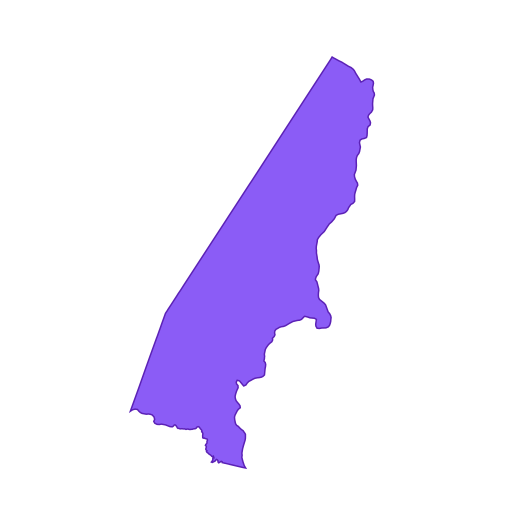 Guajará, Amazonas, Brazil (Mercator projection), rotated 103°
{"feature_id": "56859067B49673478876868", "entity_name": "Guajará", "entity_type": "district", "adm_level": 2, "iso_a3": "BRA", "parent_name": "Brazil", "parent_adm1": "Amazonas", "projection": "mercator", "projection_center": [-72.639, -7.252], "detail": "fine", "context": "isolated", "style": "filled", "palette": "violet", "viewbox_px": 512, "rotation_deg": 103, "n_neighbors": 0, "source": "geoboundaries", "source_scale": "gbopen_adm2", "svg_char_len": 4968}
<svg xmlns="http://www.w3.org/2000/svg" viewBox="0 0 512 512"><g transform="rotate(103 256 256)"><path d="M435.5,343.5L433.6,341.7L432.4,339.4L432.2,337.0L433.5,335.3L434.5,333.5L435.0,331.6L434.8,327.3L434.1,325.2L434.0,323.3L434.2,321.4L435.7,319.2L437.9,318.0L440.2,318.4L441.7,317.0L442.3,314.6L441.9,312.2L441.1,310.4L440.9,306.3L441.6,301.4L441.3,299.2L440.8,298.6L439.9,298.0L439.2,297.7L438.8,297.1L438.9,296.3L439.6,295.4L440.3,294.7L441.1,294.0L441.5,293.3L441.3,292.5L441.5,291.7L441.4,290.5L441.0,289.6L440.9,288.7L440.8,287.7L440.5,286.6L440.7,285.2L440.2,284.3L439.9,283.3L440.0,282.4L439.9,281.2L439.5,280.4L439.3,279.4L438.8,278.5L438.3,277.6L438.0,276.4L437.3,275.6L436.2,275.2L435.4,274.3L435.2,273.4L436.0,272.2L436.7,271.5L437.2,270.8L437.7,270.0L438.7,269.3L439.5,269.4L440.0,268.5L440.8,267.9L441.8,267.7L443.0,267.6L444.0,267.3L445.1,267.0L445.3,266.1L445.0,265.4L445.3,264.6L445.3,263.4L445.4,262.4L446.3,261.8L447.5,262.1L448.6,261.8L449.7,261.8L450.9,262.5L451.9,262.7L452.4,261.9L453.2,261.4L454.5,261.5L455.5,261.5L456.3,260.9L456.8,260.0L457.6,260.3L458.3,259.6L458.7,258.8L459.0,257.9L459.5,257.4L459.8,256.7L460.0,255.8L460.6,254.7L461.2,254.0L461.1,253.2L460.6,252.5L461.3,252.1L462.1,251.6L462.5,252.6L463.6,252.4L464.6,252.2L465.3,252.5L466.1,252.7L466.8,253.1L467.0,252.2L466.4,251.4L465.8,250.7L465.1,249.8L464.0,249.3L463.1,248.7L463.3,247.9L464.0,247.0L465.2,246.7L465.9,245.9L465.3,245.0L464.5,244.4L463.9,243.7L464.1,242.7L464.9,242.5L465.0,221.6L464.9,218.4L462.9,220.3L459.5,222.4L457.4,223.5L455.4,224.5L453.3,224.7L451.3,225.4L446.8,225.7L443.7,225.6L442.3,225.5L439.2,225.3L438.2,225.2L436.2,225.3L434.2,225.7L432.1,226.2L431.3,226.9L430.5,227.8L429.1,229.3L428.4,231.1L427.2,233.2L426.0,234.9L425.4,236.7L424.8,237.4L424.1,238.1L422.8,238.8L420.1,240.0L417.9,240.7L416.7,240.7L415.6,240.6L411.2,239.5L409.3,238.7L407.4,237.2L405.5,237.9L404.1,239.4L402.8,241.2L401.4,242.9L400.3,243.6L399.0,244.3L397.3,244.8L396.1,244.8L394.9,244.8L393.8,244.7L392.6,244.6L391.8,244.5L390.7,244.3L388.4,243.8L387.4,244.1L386.3,244.4L385.1,246.1L383.4,246.9L381.3,246.4L381.4,244.0L382.7,242.3L383.6,241.1L384.2,240.4L385.4,238.7L383.9,236.8L382.0,236.1L379.8,234.8L378.4,233.1L376.9,231.5L375.4,229.6L374.3,227.2L373.8,225.6L372.9,223.6L371.8,222.2L370.0,221.0L363.8,221.8L361.3,221.9L359.4,222.2L357.7,223.1L356.5,224.7L354.2,224.7L353.2,224.9L352.0,225.0L349.7,225.8L345.0,225.9L343.0,225.4L341.3,224.7L339.5,223.9L337.7,222.7L336.0,221.3L334.1,220.9L333.4,221.1L332.5,221.5L330.4,220.2L329.5,220.0L328.5,219.8L326.8,220.6L324.7,220.8L322.9,220.0L322.3,219.3L321.7,218.6L320.3,217.2L319.3,215.6L318.4,213.3L317.2,211.5L314.1,208.3L311.5,205.3L309.6,201.5L309.1,200.2L308.7,199.0L307.5,197.4L303.9,195.2L303.8,194.5L303.8,192.3L304.1,189.6L303.5,185.0L304.2,182.9L306.4,182.7L309.0,182.5L310.8,181.9L312.6,180.3L312.4,178.1L311.4,175.8L310.3,171.7L309.6,170.7L308.9,169.7L307.2,168.8L305.0,168.5L303.0,168.5L301.0,168.8L299.1,169.0L297.4,169.8L295.6,171.3L294.3,173.1L288.0,177.2L286.7,178.9L284.7,183.0L284.0,184.4L282.3,185.8L280.0,186.5L277.7,186.9L275.4,187.1L273.6,187.7L269.1,190.0L267.4,190.9L265.9,192.7L264.8,192.9L263.5,192.8L262.3,192.6L261.4,192.2L260.5,191.9L259.7,191.5L258.7,191.4L257.6,191.4L256.4,191.4L255.2,191.6L254.2,191.7L253.0,191.9L252.1,192.0L251.3,192.3L250.4,192.6L249.5,193.2L247.1,194.6L245.4,195.5L243.1,196.3L239.5,197.8L237.1,198.3L234.9,199.1L234.0,199.2L233.0,199.4L228.1,199.6L226.3,199.9L225.1,199.5L224.0,199.2L220.5,197.5L216.8,195.0L211.5,193.1L209.3,192.2L208.4,191.9L207.7,191.4L205.8,190.0L202.2,188.1L198.4,187.1L196.8,185.2L194.9,180.9L193.8,179.2L192.2,177.9L190.2,177.0L188.2,176.7L184.4,175.2L182.9,173.4L180.7,172.2L178.6,172.6L176.0,173.3L173.8,173.7L171.8,173.7L169.2,173.5L166.7,173.4L164.1,172.8L162.1,173.6L161.1,174.6L158.9,176.5L156.7,177.8L154.5,178.5L149.8,177.9L145.4,178.5L143.2,179.1L141.4,179.6L139.2,180.1L137.2,180.2L135.2,179.9L133.0,178.9L130.9,178.6L128.9,178.7L126.3,178.8L124.5,179.7L122.3,180.7L119.8,180.7L119.1,180.1L118.1,179.1L117.1,176.9L115.7,175.0L113.8,174.9L111.3,175.3L107.1,176.2L104.7,175.9L102.7,174.3L100.4,174.4L98.8,175.3L96.3,177.5L95.4,178.2L93.4,178.0L91.7,177.2L89.8,175.9L87.3,175.2L85.5,175.5L83.2,176.2L81.3,176.7L76.5,177.4L72.5,176.8L70.6,177.5L69.2,178.8L67.5,179.6L65.5,180.3L63.5,180.3L61.2,180.4L59.4,181.2L58.5,183.0L58.1,185.2L58.6,187.9L59.8,189.6L61.6,191.2L62.9,192.9L60.5,195.0L55.5,200.0L53.6,201.6L52.3,203.1L51.0,205.7L50.3,208.8L47.8,216.1L47.3,218.5L47.0,219.7L46.0,223.2L45.5,225.1L45.0,226.6L47.8,227.5L87.5,242.0L155.9,266.9L183.4,276.9L187.6,278.5L215.3,288.6L222.9,291.4L229.0,293.6L253.6,302.6L300.4,319.7L305.8,321.6L310.4,323.4L312.2,324.0L321.0,327.2L323.2,328.0L327.2,329.5L328.0,329.8L328.8,330.0L330.1,330.5L331.4,331.0L332.3,331.3L343.3,332.6L347.8,333.1L350.3,333.4L356.3,334.1L358.3,334.4L377.5,336.7L386.9,337.8L388.5,338.0L410.6,340.5L435.5,343.5Z" fill="#8b5cf6" stroke="#5b21b6" stroke-width="1.5"/></g></svg>